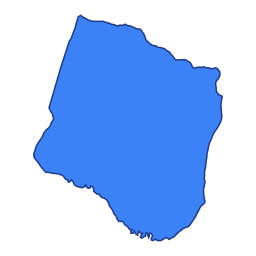 Eldorado, Mato Grosso do Sul, Brazil (Robinson projection)
{"feature_id": "56859067B95326418137192", "entity_name": "Eldorado", "entity_type": "district", "adm_level": 2, "iso_a3": "BRA", "parent_name": "Brazil", "parent_adm1": "Mato Grosso do Sul", "projection": "robinson", "projection_center": [-54.224, -23.74], "detail": "fine", "context": "isolated", "style": "filled", "palette": "blue", "viewbox_px": 256, "rotation_deg": 0, "n_neighbors": 0, "source": "geoboundaries", "source_scale": "gbopen_adm2", "svg_char_len": 3163}
<svg xmlns="http://www.w3.org/2000/svg" viewBox="0 0 256 256"><path d="M205.4,167.6L205.7,165.8L206.3,159.7L206.8,157.5L207.1,152.6L207.8,150.5L208.3,147.6L209.5,142.7L211.2,139.6L212.2,136.5L213.2,134.3L214.6,131.7L216.6,129.1L219.0,125.1L220.3,122.5L220.9,120.9L221.4,119.2L221.8,116.7L220.9,105.1L221.8,98.3L222.2,96.3L218.4,94.3L216.4,91.4L216.2,87.9L215.7,84.9L215.7,82.5L216.4,81.0L217.7,79.5L218.8,78.0L219.5,76.3L220.0,74.0L219.6,71.7L218.5,70.0L217.1,68.3L215.1,67.9L213.1,68.5L210.6,68.7L209.1,67.8L207.3,67.8L205.7,67.8L204.3,66.9L202.1,67.1L200.2,67.3L198.4,67.1L196.5,67.5L194.2,68.3L192.3,66.8L191.4,64.4L190.1,62.6L188.8,61.7L187.0,60.7L185.7,59.9L184.0,59.8L182.3,59.7L180.8,59.8L177.5,60.0L175.2,59.5L174.1,57.8L172.3,55.5L170.7,54.3L170.1,52.6L168.1,51.3L166.0,50.0L164.4,48.6L162.6,48.2L160.1,47.4L157.8,47.4L155.8,45.8L153.8,45.9L152.1,45.1L150.4,44.0L149.0,42.9L147.5,41.4L145.9,39.7L145.2,38.1L144.9,36.3L143.8,33.9L142.2,31.9L141.2,30.2L140.1,29.1L138.1,29.0L136.3,28.8L134.1,27.5L132.0,26.6L129.8,25.8L127.4,25.5L125.2,24.2L123.5,25.0L121.9,25.5L120.1,25.0L118.4,25.8L116.4,25.7L113.5,24.5L111.5,24.3L109.9,23.4L108.4,23.0L106.1,22.4L102.5,21.2L100.7,21.4L97.9,21.4L93.1,21.3L90.3,20.8L87.6,19.6L85.0,18.1L83.0,17.2L80.7,15.4L78.3,16.7L77.7,18.4L77.1,21.2L76.2,23.1L75.8,25.3L74.9,28.7L74.1,30.5L73.4,32.4L72.7,34.2L71.6,37.3L70.4,39.7L69.2,41.5L60.7,67.8L49.0,108.0L50.0,109.7L50.9,111.9L52.4,113.7L52.8,116.0L53.7,118.8L52.3,121.2L51.1,123.1L50.4,125.5L49.4,127.3L47.9,128.5L46.1,130.1L44.3,132.3L43.3,134.3L42.4,136.6L41.0,138.8L40.1,140.1L38.6,142.2L37.4,144.1L36.5,145.8L35.8,147.7L34.4,152.1L33.8,153.8L34.1,157.4L36.0,160.0L37.8,161.9L38.9,163.5L39.9,165.1L41.0,166.8L43.0,169.1L44.7,171.2L46.1,172.4L47.8,172.3L49.8,172.7L51.5,172.9L53.0,173.4L55.6,173.5L57.2,173.8L58.9,174.0L60.9,174.9L62.5,175.3L64.0,176.9L65.3,178.9L67.5,179.9L68.2,182.1L69.7,181.8L71.0,180.0L72.9,181.4L74.0,184.1L75.6,185.8L79.0,187.0L80.7,187.5L82.3,187.7L83.9,187.1L85.8,184.9L86.5,187.0L88.2,188.3L90.1,187.9L90.8,185.9L92.5,186.8L93.6,188.3L93.7,191.3L95.3,192.6L96.8,194.0L99.3,194.2L100.1,196.0L101.3,197.1L102.7,197.9L104.2,197.9L105.9,199.5L107.3,200.2L107.9,201.8L108.9,204.2L109.6,206.4L111.4,208.5L112.6,210.3L113.4,212.3L114.1,214.0L115.9,215.8L116.7,218.0L117.4,219.5L118.5,221.1L120.2,221.6L122.3,221.2L123.6,222.5L124.5,224.1L125.5,225.4L127.4,226.2L128.6,228.3L130.0,229.7L132.0,229.4L130.9,231.3L130.9,233.2L133.1,233.2L134.4,231.0L135.7,234.0L137.7,235.2L138.2,232.9L138.7,231.3L140.5,233.0L142.5,233.3L141.3,234.7L140.3,237.1L141.8,238.2L143.7,236.9L145.8,235.8L145.9,233.0L147.5,233.2L147.9,235.6L148.7,237.6L149.3,236.0L149.0,234.3L150.1,232.9L151.6,234.1L152.7,236.5L151.3,238.0L151.3,240.0L153.0,240.6L155.4,239.1L157.5,240.6L159.4,240.6L160.9,240.6L163.1,239.3L165.2,237.9L167.4,237.8L169.0,239.4L170.8,238.3L173.5,237.1L174.9,236.0L176.3,234.4L178.7,232.1L180.3,230.9L182.0,229.6L183.5,228.3L184.9,227.7L187.0,227.1L189.1,226.1L195.0,217.4L200.7,206.4L204.6,203.0L205.0,200.7L204.1,197.7L203.4,190.1L204.0,187.5L205.1,181.5L204.2,179.0L204.6,174.9L204.5,172.2L205.4,167.6Z" fill="#3b82f6" stroke="#1e3a8a" stroke-width="1.5"/></svg>